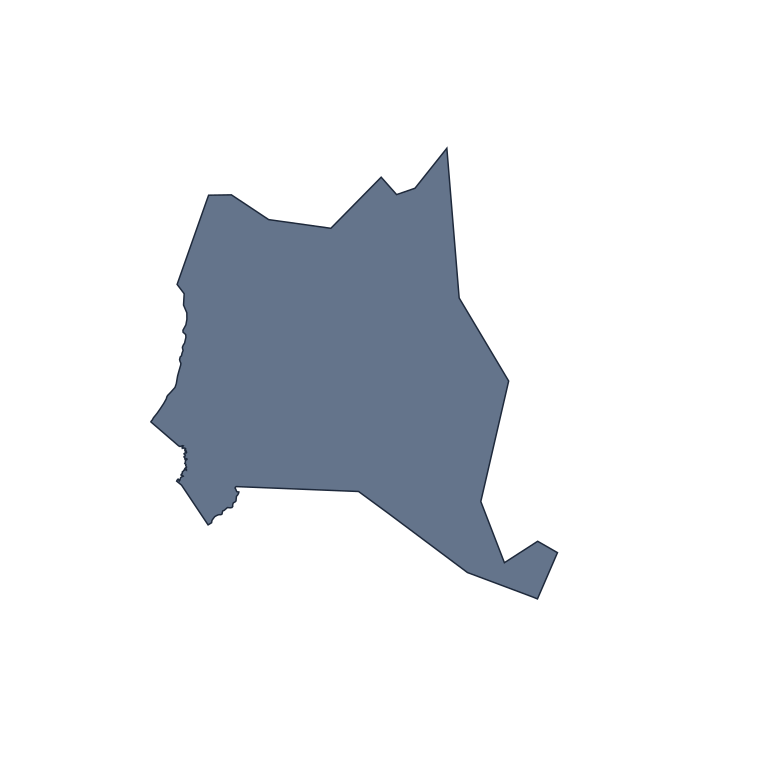 Magwi, Eastern Equatoria, South Sudan, rotated 40°
{"feature_id": "79223893B80026525075144", "entity_name": "Magwi", "entity_type": "district", "adm_level": 2, "iso_a3": "SSD", "parent_name": "South Sudan", "parent_adm1": "Eastern Equatoria", "projection": "natural_earth1", "projection_center": [32.092, 3.938], "detail": "fine", "context": "isolated", "style": "filled", "palette": "slate", "viewbox_px": 768, "rotation_deg": 40, "n_neighbors": 0, "source": "geoboundaries", "source_scale": "gbopen_adm2", "svg_char_len": 2354}
<svg xmlns="http://www.w3.org/2000/svg" viewBox="0 0 768 768"><g transform="rotate(40 384 384)"><path d="M161.5,440.7L172.9,443.3L179.7,452.4L187.2,456.2L191.4,461.1L194.2,466.0L195.4,472.0L196.8,473.5L200.3,473.6L202.2,475.5L204.9,480.8L205.2,483.1L205.9,485.4L207.0,486.4L208.5,487.4L209.5,490.3L210.7,492.5L210.5,494.3L211.7,496.7L213.1,497.7L215.1,498.7L216.1,500.2L218.5,505.7L220.7,510.5L224.7,517.3L226.1,521.0L225.9,527.6L225.6,531.9L225.9,533.4L226.8,535.4L227.8,540.7L228.5,546.8L229.0,552.2L229.1,558.0L229.6,560.5L229.6,562.6L229.9,562.9L266.5,563.4L267.9,563.0L268.7,561.8L269.4,560.6L270.0,560.4L270.0,561.1L270.0,561.9L270.3,562.6L270.8,562.9L271.0,562.0L271.9,561.9L272.4,561.3L273.0,561.0L273.8,561.2L273.7,561.8L273.7,562.6L274.5,563.0L275.0,563.3L275.1,562.4L275.9,562.6L276.2,563.2L276.8,563.4L276.8,564.0L276.0,564.4L275.7,565.4L275.6,565.9L276.0,566.2L276.8,566.0L277.6,566.3L277.9,567.2L277.5,567.7L277.6,568.4L278.3,568.6L279.1,568.6L279.6,569.5L280.1,569.2L280.9,568.0L281.5,568.3L281.5,569.1L280.8,569.7L281.4,570.8L282.1,571.4L282.2,572.0L282.4,572.5L282.5,573.0L283.0,573.0L283.9,572.9L284.2,573.3L284.4,573.8L285.1,574.2L285.9,574.4L286.3,574.9L285.9,575.5L285.8,576.6L285.9,577.1L286.3,576.9L286.9,576.2L287.7,576.5L288.0,576.9L287.4,576.9L287.1,577.3L286.6,578.0L286.2,578.4L286.2,579.4L286.2,580.1L286.0,581.0L286.8,582.0L287.0,582.5L286.8,583.1L286.8,583.7L287.0,584.2L287.9,584.0L288.8,583.5L289.5,583.7L289.1,584.4L288.8,584.9L288.5,585.8L288.5,586.7L288.9,587.6L289.2,588.4L289.5,589.2L289.5,589.8L288.8,589.6L288.2,589.2L287.4,589.2L287.4,589.7L287.3,590.7L287.6,591.7L293.9,591.6L339.8,605.0L340.5,603.0L341.1,601.1L339.9,599.1L339.7,596.6L339.6,594.5L340.3,592.5L340.9,591.2L341.7,590.0L342.5,589.5L343.3,588.5L343.5,587.7L342.4,585.8L342.1,584.6L342.8,583.6L343.5,579.3L345.8,577.7L346.9,576.4L346.9,575.1L345.9,574.0L345.3,572.9L345.0,571.8L345.7,570.1L345.8,568.7L344.6,567.0L343.2,564.9L343.2,562.8L342.7,560.8L342.2,560.0L341.2,560.7L340.4,561.1L337.9,559.8L336.9,559.5L336.5,558.8L336.7,557.6L433.6,482.7L470.5,480.3L569.1,474.8L635.3,451.4L639.7,450.0L625.3,401.7L602.8,405.7L591.1,443.5L533.7,411.8L477.6,301.6L386.3,269.8L280.6,163.0L281.9,214.1L271.9,230.8L248.9,227.4L243.2,298.9L190.0,332.2L145.5,337.2L128.3,352.1L129.9,356.5L161.5,440.7Z" fill="#64748b" stroke="#1e293b" stroke-width="1.5"/></g></svg>